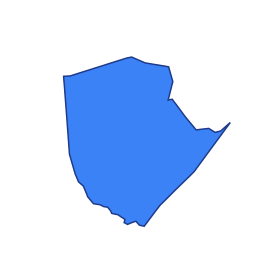 outline of Quipapá, Pernambuco, Brazil, rotated 46°
{"feature_id": "56859067B62016250884699", "entity_name": "Quipapá", "entity_type": "district", "adm_level": 2, "iso_a3": "BRA", "parent_name": "Brazil", "parent_adm1": "Pernambuco", "projection": "albers", "projection_center": [-36.015, -8.831], "detail": "fine", "context": "isolated", "style": "filled", "palette": "blue", "viewbox_px": 256, "rotation_deg": 46, "n_neighbors": 0, "source": "geoboundaries", "source_scale": "gbopen_adm2", "svg_char_len": 800}
<svg xmlns="http://www.w3.org/2000/svg" viewBox="0 0 256 256"><g transform="rotate(46 128 128)"><path d="M132.4,201.0L138.8,200.5L146.8,203.6L149.6,204.8L158.5,205.4L163.8,201.4L167.6,200.1L170.8,197.7L175.2,198.0L178.1,199.0L180.8,197.3L183.3,195.5L187.2,194.7L191.6,193.7L193.4,196.5L197.0,195.3L198.5,191.5L200.5,187.1L205.8,187.3L209.9,184.6L206.8,165.2L205.8,158.2L205.8,153.6L205.5,136.9L205.4,115.3L205.3,110.5L201.0,85.5L195.1,50.6L194.5,63.5L191.6,68.4L184.4,70.2L179.7,76.3L176.7,80.3L159.5,79.0L146.0,77.2L140.9,76.6L138.0,76.2L135.8,79.7L125.7,63.5L121.2,61.1L112.2,56.3L93.0,70.5L79.5,76.1L76.8,80.3L73.5,86.9L55.3,123.5L50.4,133.4L46.1,138.4L48.8,140.7L52.9,144.0L55.3,146.0L79.9,166.4L106.3,188.4L124.4,197.9L132.4,201.0Z" fill="#3b82f6" stroke="#1e3a8a" stroke-width="1.5"/></g></svg>